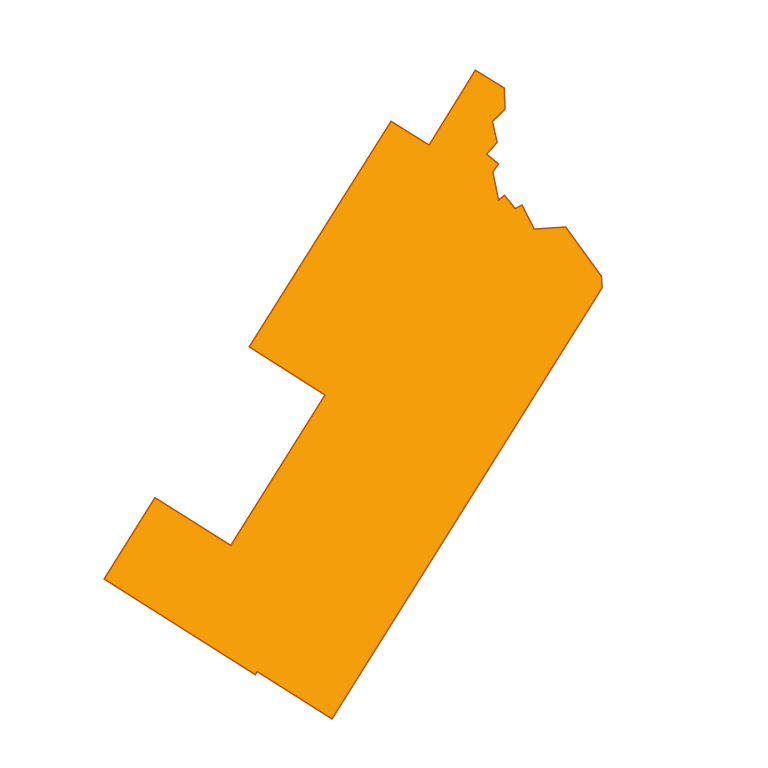 outline of Sibley, Minnesota, United States of America, rotated 302°
{"feature_id": "52423323B33552570255615", "entity_name": "Sibley", "entity_type": "district", "adm_level": 2, "iso_a3": "USA", "parent_name": "United States of America", "parent_adm1": "Minnesota", "projection": "albers", "projection_center": [-94.075, 44.587], "detail": "fine", "context": "isolated", "style": "filled", "palette": "amber", "viewbox_px": 768, "rotation_deg": 302, "n_neighbors": 0, "source": "geoboundaries", "source_scale": "gbopen_adm2", "svg_char_len": 503}
<svg xmlns="http://www.w3.org/2000/svg" viewBox="0 0 768 768"><g transform="rotate(302 384 384)"><path d="M166.2,250.0L70.3,250.0L69.3,428.9L72.9,428.9L72.4,517.4L581.2,518.0L590.5,511.4L613.4,454.8L595.0,429.3L608.9,406.2L602.2,402.3L607.8,386.3L600.7,383.6L621.6,363.9L631.3,364.5L633.3,349.2L648.8,351.9L664.1,336.9L681.2,341.0L698.7,329.3L698.5,295.2L610.5,295.6L610.5,250.8L521.7,250.5L344.1,250.0L343.4,339.8L165.9,339.6L166.2,250.0Z" fill="#f59e0b" stroke="#b45309" stroke-width="1.5"/></g></svg>